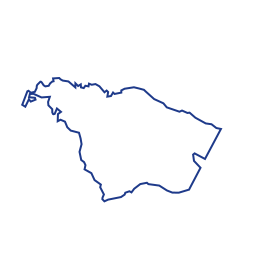 the district of Colleton, South Carolina, United States of America, rotated 150°
{"feature_id": "52423323B97274503585716", "entity_name": "Colleton", "entity_type": "district", "adm_level": 2, "iso_a3": "USA", "parent_name": "United States of America", "parent_adm1": "South Carolina", "projection": "mercator", "projection_center": [-80.565, 32.826], "detail": "fine", "context": "isolated", "style": "outline", "palette": "blue", "viewbox_px": 256, "rotation_deg": 150, "n_neighbors": 0, "source": "geoboundaries", "source_scale": "gbopen_adm2", "svg_char_len": 1612}
<svg xmlns="http://www.w3.org/2000/svg" viewBox="0 0 256 256"><g transform="rotate(150 128 128)"><path d="M48.0,80.7L51.5,83.8L53.8,89.5L58.4,93.1L64.5,103.2L67.0,110.5L69.0,111.3L72.5,116.1L75.3,116.4L84.1,126.5L85.0,131.7L90.9,140.0L94.4,150.7L95.1,153.1L98.8,156.8L102.5,160.3L111.3,163.7L115.0,163.9L116.1,162.0L122.6,164.2L123.2,166.2L126.8,164.2L130.2,165.5L127.2,169.1L127.8,171.1L130.5,170.7L131.9,178.4L134.2,182.3L137.8,183.6L139.6,185.9L141.4,183.8L143.8,185.9L146.4,184.7L148.4,186.7L147.1,189.4L150.2,189.3L151.2,193.0L153.3,189.5L156.3,198.1L160.8,201.7L162.0,203.7L162.6,205.7L168.1,208.4L169.1,205.7L170.4,206.1L173.1,205.6L175.6,204.2L178.8,205.4L179.4,206.6L179.7,207.1L179.9,210.6L180.2,211.5L180.7,211.9L184.9,210.8L186.0,210.0L187.2,208.2L190.6,205.9L194.5,207.1L195.6,210.0L196.8,210.1L207.7,201.2L208.0,201.0L206.3,197.8L199.5,202.4L199.0,199.5L193.9,198.8L193.5,200.7L198.3,204.1L196.0,206.5L192.8,204.9L187.6,197.7L180.1,194.1L184.2,190.5L185.6,187.4L184.2,182.2L185.8,179.3L185.9,177.5L185.5,177.1L184.4,176.9L179.8,180.4L178.0,175.5L181.7,175.1L185.5,169.0L182.3,168.9L179.4,165.0L180.2,159.0L178.9,154.4L172.8,148.4L174.3,142.6L176.3,137.2L181.9,131.6L184.5,123.7L183.1,120.4L183.4,117.1L186.3,113.9L182.3,107.2L183.0,99.6L179.8,92.6L181.7,90.6L182.1,82.5L184.9,80.4L185.8,79.2L185.1,76.3L181.0,75.9L168.6,71.7L164.2,72.0L162.7,73.3L158.4,72.5L157.2,70.5L153.0,72.3L145.4,73.3L139.0,71.1L138.4,69.2L129.7,62.5L125.5,54.4L121.9,49.9L116.4,46.6L105.9,44.1L104.4,45.1L85.1,57.3L87.3,66.5L84.9,72.4L83.0,72.7L76.8,62.7L48.0,80.7Z" fill="none" stroke="#1e3a8a" stroke-width="2"/></g></svg>